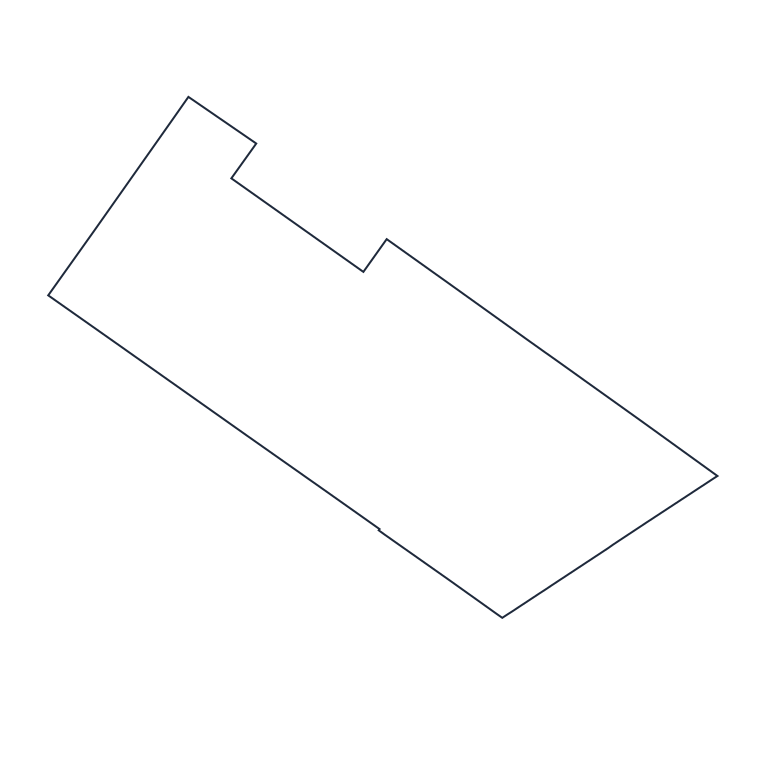 the district of San Lorenzo, Chaco, Argentina, rotated 125°
{"feature_id": "61730980B68692027499582", "entity_name": "San Lorenzo", "entity_type": "district", "adm_level": 2, "iso_a3": "ARG", "parent_name": "Argentina", "parent_adm1": "Chaco", "projection": "orthographic", "projection_center": [-60.378, -27.376], "detail": "fine", "context": "isolated", "style": "outline", "palette": "slate", "viewbox_px": 768, "rotation_deg": 125, "n_neighbors": 0, "source": "geoboundaries", "source_scale": "gbopen_adm2", "svg_char_len": 701}
<svg xmlns="http://www.w3.org/2000/svg" viewBox="0 0 768 768"><g transform="rotate(125 384 384)"><path d="M506.9,304.4L507.0,296.8L507.2,217.5L507.7,159.6L507.7,153.0L502.2,150.8L496.9,148.6L489.5,145.7L467.0,136.8L459.6,133.8L452.6,131.1L390.0,106.3L384.4,104.3L377.5,101.6L354.7,92.6L347.3,89.7L276.0,61.3L272.0,59.7L268.1,58.1L266.9,140.9L266.8,149.0L266.6,168.2L266.1,221.7L266.0,229.1L265.7,264.1L265.7,270.9L265.5,294.9L265.4,301.9L264.5,383.5L263.8,464.9L304.0,465.2L303.3,586.8L303.1,627.0L263.0,626.6L260.3,626.6L261.0,708.9L285.4,708.9L424.7,709.3L504.0,709.9L504.2,629.6L504.8,488.4L504.9,466.6L505.1,374.6L505.4,304.4L506.9,304.4Z" fill="none" stroke="#1e293b" stroke-width="2"/></g></svg>